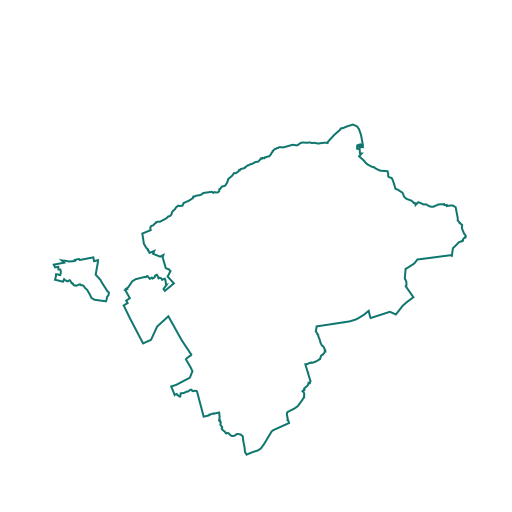 Otumba, México, Mexico, rotated 307°
{"feature_id": "50627088B37171022679347", "entity_name": "Otumba", "entity_type": "district", "adm_level": 2, "iso_a3": "MEX", "parent_name": "Mexico", "parent_adm1": "México", "projection": "mercator", "projection_center": [-98.764, 19.669], "detail": "fine", "context": "isolated", "style": "outline", "palette": "teal", "viewbox_px": 512, "rotation_deg": 307, "n_neighbors": 0, "source": "geoboundaries", "source_scale": "gbopen_adm2", "svg_char_len": 6142}
<svg xmlns="http://www.w3.org/2000/svg" viewBox="0 0 512 512"><g transform="rotate(307 256 256)"><path d="M409.0,274.5L415.9,267.0L419.4,261.7L420.3,258.6L419.3,254.3L414.1,250.6L410.5,248.5L409.6,247.4L408.6,246.9L408.0,247.3L399.7,245.6L390.7,244.7L389.3,245.2L388.3,243.2L384.7,239.4L383.4,238.3L381.4,234.3L379.7,232.6L379.2,230.8L377.0,228.4L374.6,224.8L372.7,223.4L369.7,222.6L368.7,221.7L367.5,219.3L366.5,218.0L360.2,213.3L358.5,211.6L357.1,209.2L355.5,208.6L355.0,207.9L353.6,207.4L353.0,206.8L351.6,206.4L350.9,206.5L350.0,206.1L349.4,206.5L347.5,206.4L346.3,206.8L343.4,206.5L342.3,205.3L341.0,204.6L340.4,203.8L339.1,203.9L338.2,202.2L337.5,202.2L337.5,201.6L336.9,201.1L336.1,201.4L332.6,200.9L330.4,198.7L329.3,198.5L327.0,197.3L325.9,196.3L323.6,195.3L323.2,194.7L320.7,194.2L320.4,193.9L319.8,193.8L319.4,194.0L316.3,191.5L314.6,191.5L314.5,191.1L314.3,191.3L313.3,190.9L312.3,190.9L310.6,190.2L310.1,190.2L308.9,188.5L306.1,188.7L300.6,187.5L300.1,187.9L296.7,188.9L294.0,189.0L293.3,188.9L290.7,186.9L288.3,187.1L287.3,186.5L285.6,187.6L284.1,187.4L282.6,185.8L282.1,184.4L280.7,183.9L280.7,182.1L274.5,175.9L272.6,175.6L271.0,174.7L268.0,171.8L266.4,171.1L266.0,170.3L265.6,170.1L264.3,170.8L263.6,170.5L259.9,169.2L254.7,166.3L252.0,167.0L249.8,164.8L249.7,164.0L249.2,163.5L246.8,162.9L244.7,163.1L242.0,162.6L240.5,162.6L238.2,163.5L236.3,163.3L234.3,161.9L233.6,162.1L231.6,161.5L225.6,158.7L224.2,156.8L223.3,156.4L222.9,155.9L222.1,155.8L221.7,156.1L220.7,155.6L218.8,155.5L216.8,154.2L214.8,154.6L213.3,156.3L205.5,151.7L198.3,159.1L196.5,163.3L196.3,165.2L196.1,165.1L195.5,166.4L195.8,166.6L194.4,169.1L198.8,171.7L195.8,172.4L197.8,179.9L201.1,181.4L200.2,181.8L199.1,181.8L192.3,190.8L192.0,191.7L193.0,194.6L192.3,196.3L192.4,196.8L186.4,197.8L184.7,206.9L173.3,204.2L174.0,202.0L179.0,201.9L178.7,201.7L182.0,198.4L183.0,196.8L180.5,195.4L181.1,194.1L180.7,192.2L179.5,191.6L180.6,190.0L181.3,188.0L179.4,187.2L177.9,187.9L175.7,186.9L176.0,185.8L173.8,184.9L174.7,181.5L174.5,181.1L172.7,180.7L172.4,179.8L165.0,173.8L161.2,172.4L154.2,172.8L151.6,172.0L151.7,172.9L149.9,172.0L149.9,172.6L146.4,180.6L142.2,179.2L141.2,181.8L136.9,180.1L130.5,192.6L118.2,218.4L125.9,222.6L140.2,219.5L155.1,222.3L144.0,247.4L138.3,263.7L137.3,263.8L135.8,263.0L134.9,263.0L133.0,262.3L131.3,262.2L127.6,271.0L125.7,274.6L119.0,276.4L105.0,269.8L100.8,266.8L96.1,274.6L96.6,274.6L98.1,275.7L97.7,276.2L97.8,279.5L98.0,280.0L98.3,280.0L101.0,278.5L103.1,280.8L106.1,282.3L106.7,283.2L109.5,284.0L110.3,284.8L110.3,285.3L109.9,286.3L110.1,287.0L111.6,288.3L112.3,289.5L112.3,290.4L96.2,310.9L100.2,314.2L100.8,314.6L101.2,314.2L104.8,316.9L104.6,317.2L108.8,320.7L108.0,321.7L106.8,322.5L106.2,323.4L103.8,324.8L103.5,325.5L102.9,325.3L102.4,325.5L102.3,326.1L102.7,326.5L102.6,327.2L101.7,327.6L101.5,328.3L99.8,329.1L98.9,332.1L97.7,332.3L97.2,332.9L96.7,338.4L96.3,338.6L96.5,339.2L97.4,339.7L97.9,340.5L97.5,344.5L98.6,346.3L100.6,347.5L101.7,347.5L102.8,348.4L104.2,351.1L104.0,353.9L100.1,357.7L96.1,362.2L92.9,365.1L91.7,368.0L97.9,371.7L101.8,374.5L105.1,375.7L110.7,375.6L125.2,374.1L126.9,374.4L142.5,382.9L143.9,381.1L143.9,379.8L145.1,379.5L145.6,378.5L146.7,377.6L147.1,376.8L148.8,375.5L149.7,375.1L150.4,375.1L157.4,378.5L161.1,379.7L169.3,379.6L170.6,379.3L172.1,379.6L172.6,378.9L174.6,377.8L175.4,376.9L176.0,375.8L175.9,374.6L176.4,374.4L178.0,375.3L178.7,374.9L178.8,374.4L179.2,374.2L183.6,375.2L185.1,374.7L185.8,375.0L186.4,374.4L186.9,375.5L188.4,374.8L188.8,374.9L193.6,368.2L193.9,368.2L194.2,367.9L194.5,367.0L199.2,360.6L201.0,362.3L202.1,362.7L204.1,364.1L203.9,364.5L205.4,365.9L206.4,366.3L207.3,367.1L211.0,368.7L211.8,369.0L212.2,368.8L212.5,369.1L215.4,368.0L216.8,368.3L217.4,368.8L218.5,368.6L219.1,368.9L219.6,368.9L221.2,368.4L221.9,367.8L221.9,368.5L222.3,368.2L224.3,364.2L224.2,362.6L225.3,360.1L227.8,356.8L229.4,354.1L230.5,353.0L230.4,352.2L231.0,351.6L231.7,349.2L236.3,346.8L260.3,370.3L265.2,373.8L267.5,375.0L274.2,377.6L280.0,379.0L276.7,383.0L275.5,384.9L292.0,396.5L293.5,402.9L304.7,403.1L309.9,404.2L317.8,406.5L322.0,393.7L322.9,393.9L325.6,391.9L326.8,390.1L327.4,388.5L335.8,383.2L336.1,383.5L345.2,386.9L350.3,387.0L373.7,410.9L374.0,412.3L380.7,408.6L386.6,409.5L388.2,409.5L389.7,410.0L391.1,411.1L392.0,411.4L391.9,411.8L392.5,412.1L392.8,412.1L393.2,411.5L394.6,411.2L395.9,411.6L397.4,411.6L397.3,412.0L397.7,411.9L398.3,411.3L399.0,409.8L399.0,408.9L402.0,403.8L404.9,401.9L404.9,398.7L405.3,398.7L405.7,395.7L407.2,394.8L415.1,386.1L414.7,382.6L412.2,379.7L410.8,378.4L411.5,377.9L410.1,375.8L410.7,375.1L409.0,373.3L408.3,372.1L406.7,370.5L404.4,369.4L403.7,368.7L402.2,368.2L400.6,366.0L400.0,364.1L399.6,360.8L398.0,358.8L397.6,356.6L396.7,353.4L396.1,353.0L394.9,353.2L394.5,352.7L392.8,352.7L393.7,351.6L394.0,351.4L393.2,350.1L393.7,349.4L393.6,346.3L392.2,341.8L392.4,338.8L394.7,335.0L394.3,329.4L393.6,327.0L396.9,322.5L399.4,318.7L399.9,317.3L399.0,314.6L399.1,313.8L400.2,312.8L401.3,312.1L402.8,310.1L402.6,309.5L399.0,304.1L398.2,300.8L397.8,297.8L398.1,297.3L397.0,294.8L396.3,290.3L396.3,289.0L396.4,287.5L397.1,285.1L397.7,278.3L401.5,278.7L400.6,277.4L400.7,277.1L404.2,274.1L403.3,273.4L402.5,272.4L403.9,271.1L405.3,270.3L406.6,271.2L404.7,273.4L405.8,273.9L407.2,275.8L407.9,274.6L407.2,273.7L407.5,271.8L408.0,272.1L409.0,274.5ZM127.4,99.7L126.0,102.4L128.4,104.6L126.4,106.3L127.4,107.9L126.4,109.2L124.6,110.5L122.9,111.1L122.5,110.5L121.8,108.3L121.1,107.3L119.4,108.4L116.1,109.8L119.3,117.3L122.0,116.7L121.8,118.3L122.3,120.8L124.5,121.7L124.3,123.1L123.5,124.7L123.7,124.8L123.7,125.3L123.4,126.2L123.7,126.4L123.2,127.4L123.1,128.7L123.9,129.6L124.0,130.3L127.5,132.4L127.3,133.6L128.3,135.2L128.3,136.7L127.7,138.2L127.3,141.6L125.2,146.6L123.5,149.8L123.8,153.2L129.5,163.4L130.7,163.1L133.6,161.8L136.1,161.7L138.3,160.5L138.5,158.4L142.1,148.7L143.3,146.2L144.6,139.2L155.8,133.5L157.6,132.3L154.4,129.8L157.0,126.9L146.8,117.7L147.0,116.4L146.6,116.0L143.9,113.7L143.5,114.4L143.2,114.4L141.6,112.9L138.9,109.7L137.2,106.1L136.6,105.5L135.6,103.5L135.2,106.8L127.4,99.7Z" fill="none" stroke="#0f766e" stroke-width="2"/></g></svg>